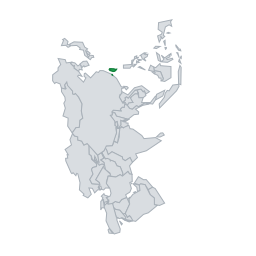 Asia, with Taiwan highlighted, rotated 258°
{"feature_id": "TWN", "entity_name": "Taiwan", "entity_type": "country or territory", "adm_level": 0, "iso_a3": "TWN", "parent_name": "Asia", "parent_adm1": "", "projection": "robinson", "projection_center": [120.725, 23.601], "detail": "fine", "context": "in_parent", "style": "filled", "palette": "green", "viewbox_px": 256, "rotation_deg": 258, "n_neighbors": 45, "source": "natural_earth", "source_scale": "50m", "svg_char_len": 13157}
<svg xmlns="http://www.w3.org/2000/svg" viewBox="0 0 256 256"><g transform="rotate(258 128 128)"><path d="M134.1,72.6L131.3,74.1L129.8,77.0L126.7,76.4L124.8,80.0L120.5,81.3L121.3,84.8L120.0,86.5L110.3,84.6L108.8,86.2L105.0,85.8L99.8,90.0L96.8,89.0L96.7,85.2L95.1,83.7L90.2,84.2L85.6,79.9L81.0,81.1L78.8,88.7L76.3,86.6L73.3,87.7L73.9,85.6L71.5,81.9L76.4,80.6L77.5,77.3L70.8,78.3L68.0,74.2L71.4,70.1L72.5,71.2L77.6,67.6L84.5,69.7L93.5,69.4L94.3,68.4L92.2,67.1L95.7,65.0L95.0,63.7L96.0,63.0L108.7,60.3L111.3,60.7L111.1,62.8L114.6,62.9L114.2,64.0L120.1,62.0L123.2,69.2L128.6,68.8L134.1,72.6Z" fill="#d9dde1" stroke="#a8b0b8" stroke-width="1"/><path d="M78.8,88.7L81.0,81.1L85.6,79.9L90.2,84.2L95.1,83.7L96.7,85.2L96.8,89.0L99.1,90.0L104.4,86.7L103.2,88.3L107.3,89.6L104.8,91.1L102.9,90.9L103.3,89.4L101.0,89.9L99.1,92.3L97.7,92.2L98.3,95.2L96.9,97.3L84.1,85.7L80.7,88.7L78.8,88.7Z" fill="#d9dde1" stroke="#a8b0b8" stroke-width="1"/><path d="M224.7,179.8L224.7,193.4L223.1,191.7L218.4,191.9L220.4,189.6L219.1,185.6L211.3,181.8L210.0,183.0L208.2,180.3L211.3,179.0L208.6,179.0L205.5,176.4L211.9,176.1L212.7,180.2L214.6,181.4L218.2,178.0L224.7,179.8ZM195.3,192.9L194.3,195.5L192.5,195.7L193.5,193.7L195.3,192.9ZM212.2,188.8L212.1,187.2L212.8,185.8L213.2,187.3L212.2,188.8ZM182.3,165.8L181.3,167.7L184.4,172.6L182.2,172.8L179.2,182.8L168.3,180.5L165.9,173.6L167.3,170.3L168.8,172.8L174.9,171.9L176.3,171.5L178.6,165.5L182.3,165.8ZM200.7,181.5L205.4,180.9L206.1,182.5L200.7,181.5ZM198.8,182.3L197.6,181.9L197.2,181.0L199.1,180.9L198.8,182.3ZM200.8,169.9L202.2,172.1L201.1,176.3L199.8,172.3L200.8,169.9ZM187.8,171.7L195.8,171.5L193.0,173.9L186.6,173.9L186.3,175.5L187.9,177.4L192.3,175.7L189.0,178.4L192.0,185.5L190.3,185.4L191.2,183.7L188.9,183.9L188.0,179.9L186.8,180.5L187.0,185.9L185.8,186.2L184.0,180.3L185.9,174.1L187.8,171.7ZM187.6,195.2L184.3,194.3L186.0,193.9L187.6,195.2ZM186.1,192.7L189.9,192.0L191.5,191.3L191.3,192.4L186.1,192.7ZM182.4,191.3L184.6,192.5L180.3,193.2L182.4,191.3ZM160.7,186.7L172.7,188.9L178.4,191.8L176.3,192.6L159.4,188.7L160.7,186.7ZM155.8,175.9L160.7,180.8L160.2,186.6L158.2,186.6L154.3,183.2L141.0,163.1L145.0,163.5L150.7,170.1L154.1,171.5L156.6,174.2L155.8,175.9Z" fill="#d9dde1" stroke="#a8b0b8" stroke-width="1"/><path d="M195.5,194.0L197.1,192.0L199.6,191.9L195.5,194.0Z" fill="#d9dde1" stroke="#a8b0b8" stroke-width="1"/><path d="M39.7,105.3L37.5,108.2L36.2,113.2L35.9,109.6L38.4,105.7L39.7,105.3Z" fill="#d9dde1" stroke="#a8b0b8" stroke-width="1"/><path d="M41.6,103.4L38.4,105.7L41.5,102.6L41.6,103.4Z" fill="#d9dde1" stroke="#a8b0b8" stroke-width="1"/><path d="M38.8,107.1L37.1,109.3L38.2,106.9L38.8,107.1Z" fill="#d9dde1" stroke="#a8b0b8" stroke-width="1"/><path d="M38.8,107.1L45.0,105.1L45.0,107.6L40.8,109.0L42.1,111.1L38.1,113.8L36.2,113.2L38.8,107.1Z" fill="#d9dde1" stroke="#a8b0b8" stroke-width="1"/><path d="M63.9,124.1L68.2,124.3L72.7,121.0L69.6,127.7L64.4,126.7L63.9,124.1Z" fill="#d9dde1" stroke="#a8b0b8" stroke-width="1"/><path d="M62.6,123.0L62.7,121.5L63.9,120.2L64.2,122.1L62.6,123.0Z" fill="#d9dde1" stroke="#a8b0b8" stroke-width="1"/><path d="M58.2,112.0L59.7,115.1L56.6,114.0L58.2,112.0Z" fill="#d9dde1" stroke="#a8b0b8" stroke-width="1"/><path d="M45.0,107.6L45.0,105.1L49.3,102.9L51.0,98.9L54.1,96.8L57.4,97.2L58.8,100.3L56.8,103.9L59.4,107.0L60.4,112.3L53.3,113.8L45.0,107.6Z" fill="#d9dde1" stroke="#a8b0b8" stroke-width="1"/><path d="M70.1,127.3L72.7,122.7L78.2,128.1L74.2,132.4L73.7,135.1L65.0,139.8L63.5,135.0L69.1,132.9L70.7,128.7L70.1,127.3ZM73.2,119.8L72.4,120.3L73.0,119.6L73.2,119.8Z" fill="#d9dde1" stroke="#a8b0b8" stroke-width="1"/><path d="M154.5,149.1L155.3,144.9L160.8,145.6L161.7,144.2L163.7,146.3L163.4,148.8L160.3,150.4L161.1,151.7L156.1,152.3L154.5,149.1Z" fill="#d9dde1" stroke="#a8b0b8" stroke-width="1"/><path d="M159.4,144.8L155.3,144.9L154.5,149.1L150.0,146.6L148.2,155.2L153.5,161.5L151.7,162.6L146.3,157.1L149.0,149.7L146.6,143.0L148.0,140.8L145.4,136.1L147.0,133.5L150.4,132.0L152.5,134.0L152.0,138.1L155.9,136.4L158.6,138.2L160.1,142.1L159.4,144.8Z" fill="#d9dde1" stroke="#a8b0b8" stroke-width="1"/><path d="M163.3,144.9L159.4,144.8L160.1,142.1L157.2,136.5L152.0,138.1L152.5,134.0L150.4,132.0L153.5,130.4L153.3,128.1L156.0,131.3L158.2,131.3L158.9,133.1L157.2,134.4L163.2,141.4L163.3,144.9Z" fill="#d9dde1" stroke="#a8b0b8" stroke-width="1"/><path d="M150.4,132.0L147.0,133.5L145.4,136.1L148.0,140.8L146.6,143.0L149.0,149.7L147.0,153.8L147.1,147.2L144.9,139.3L141.5,141.8L139.4,141.1L139.8,136.6L136.5,129.8L142.0,119.2L145.7,118.2L146.1,115.7L148.5,117.3L146.2,124.8L148.1,124.4L149.6,126.8L149.0,128.5L152.4,129.0L150.4,132.0Z" fill="#d9dde1" stroke="#a8b0b8" stroke-width="1"/><path d="M157.6,152.7L161.1,151.7L160.3,150.4L163.4,148.8L163.6,142.9L157.2,134.4L158.9,133.1L158.2,131.3L156.0,131.3L154.3,127.8L160.0,125.9L164.8,129.7L160.4,134.8L166.0,142.7L166.5,150.2L159.1,156.6L157.6,152.7Z" fill="#d9dde1" stroke="#a8b0b8" stroke-width="1"/><path d="M204.1,86.5L202.7,89.6L199.1,91.9L200.3,94.7L194.3,95.3L195.5,92.6L193.5,91.5L194.9,90.2L197.8,87.6L200.1,88.4L199.8,87.3L203.0,85.2L204.1,86.5Z" fill="#d9dde1" stroke="#a8b0b8" stroke-width="1"/><path d="M196.9,96.0L200.5,94.2L202.5,98.0L202.0,101.6L197.5,103.0L196.8,98.2L198.1,97.8L196.9,96.0Z" fill="#d9dde1" stroke="#a8b0b8" stroke-width="1"/><path d="M134.8,72.4L142.4,69.4L150.1,71.5L153.3,66.9L160.4,70.8L165.6,70.4L167.9,72.4L171.4,72.7L177.4,70.5L181.1,71.2L179.5,75.6L183.3,74.9L186.0,77.0L175.6,81.5L173.0,80.9L172.1,82.2L172.8,83.7L170.4,85.5L161.1,88.1L154.4,85.9L146.9,85.8L145.6,82.7L138.7,80.5L139.2,77.3L134.8,72.4Z" fill="#d9dde1" stroke="#a8b0b8" stroke-width="1"/><path d="M146.1,115.7L145.7,118.2L142.0,119.2L137.2,128.6L136.4,125.4L135.5,126.7L134.6,125.6L136.9,122.6L132.6,121.9L130.3,119.5L129.6,120.9L130.8,122.0L129.2,123.5L130.3,124.1L130.3,129.4L126.9,129.8L125.9,132.6L117.7,140.0L114.3,141.4L112.9,152.9L108.6,157.9L101.9,141.2L101.1,130.1L97.1,131.1L93.5,125.2L98.7,123.8L96.6,118.5L98.8,116.3L100.8,116.5L108.1,107.4L106.1,103.1L111.6,102.4L113.5,100.7L115.0,103.1L114.0,109.0L117.8,111.7L115.7,114.6L121.1,117.6L129.4,119.6L130.9,116.1L130.9,118.1L132.5,118.9L136.6,118.7L136.1,116.7L144.1,113.3L144.2,115.4L146.1,115.7Z" fill="#d9dde1" stroke="#a8b0b8" stroke-width="1"/><path d="M136.4,125.4L136.5,131.5L135.0,127.1L133.3,127.1L132.8,129.1L130.6,128.6L129.2,123.5L130.8,122.0L129.6,120.9L130.3,119.5L132.6,121.9L136.9,122.6L134.6,125.6L135.5,126.7L136.4,125.4Z" fill="#d9dde1" stroke="#a8b0b8" stroke-width="1"/><path d="M136.1,116.7L136.6,118.7L130.9,118.1L133.2,115.7L136.1,116.7Z" fill="#d9dde1" stroke="#a8b0b8" stroke-width="1"/><path d="M129.8,116.5L129.4,119.6L128.0,119.6L115.7,114.6L118.6,111.2L125.8,115.8L129.8,116.5Z" fill="#d9dde1" stroke="#a8b0b8" stroke-width="1"/><path d="M113.5,100.7L111.6,102.4L106.1,103.1L108.1,107.4L100.8,116.5L98.8,116.3L96.6,118.5L98.7,123.8L93.5,125.2L90.6,121.6L81.8,122.3L82.8,119.9L85.5,118.9L82.1,112.5L84.9,113.5L91.7,112.3L93.2,109.4L97.6,108.2L103.6,98.6L109.5,97.3L110.8,99.9L113.5,100.7Z" fill="#d9dde1" stroke="#a8b0b8" stroke-width="1"/><path d="M91.6,97.4L99.3,97.3L102.5,94.5L103.6,98.1L106.3,96.6L109.5,97.3L102.4,99.5L102.6,101.4L101.0,103.8L99.4,103.8L99.8,105.1L97.6,108.2L93.2,109.4L91.7,112.3L84.9,113.5L82.1,112.5L84.0,110.6L82.6,105.9L84.9,100.4L87.8,100.9L91.6,97.4Z" fill="#d9dde1" stroke="#a8b0b8" stroke-width="1"/><path d="M96.9,97.3L98.3,95.2L97.7,92.2L103.3,89.4L103.6,90.9L100.7,92.4L107.8,92.6L109.3,96.7L103.6,98.1L102.5,94.5L99.3,97.3L96.9,97.3Z" fill="#d9dde1" stroke="#a8b0b8" stroke-width="1"/><path d="M104.4,86.7L108.8,86.2L110.3,84.6L120.0,86.5L107.8,92.6L100.7,92.4L101.1,91.2L107.3,89.6L103.2,88.3L104.4,86.7Z" fill="#d9dde1" stroke="#a8b0b8" stroke-width="1"/><path d="M73.3,87.7L76.3,86.6L77.9,88.8L80.7,88.7L84.1,85.7L95.1,95.6L94.8,96.8L93.6,96.2L86.5,101.2L84.9,100.4L85.1,98.6L79.4,95.5L73.1,97.2L74.0,93.5L72.5,91.3L73.4,89.6L76.5,89.4L75.6,87.0L73.4,89.0L73.3,87.7Z" fill="#d9dde1" stroke="#a8b0b8" stroke-width="1"/><path d="M60.4,112.3L59.4,107.0L56.8,103.9L58.8,100.3L57.0,95.6L57.6,92.6L60.7,94.0L64.4,92.2L65.2,96.4L67.7,97.8L72.8,97.7L78.2,95.3L85.1,98.6L82.6,105.9L84.0,110.6L82.1,112.5L85.5,118.9L82.8,119.9L81.8,122.3L74.7,121.0L74.3,118.4L68.1,118.7L64.9,116.5L63.2,111.8L60.4,112.3Z" fill="#d9dde1" stroke="#a8b0b8" stroke-width="1"/><path d="M39.3,106.5L41.6,103.4L41.1,100.9L43.4,98.0L53.3,97.1L51.0,98.9L49.3,102.9L41.0,107.3L39.3,106.5Z" fill="#d9dde1" stroke="#a8b0b8" stroke-width="1"/><path d="M61.3,93.9L57.4,90.9L57.9,89.1L61.0,89.7L61.3,93.9Z" fill="#d9dde1" stroke="#a8b0b8" stroke-width="1"/><path d="M57.4,97.2L43.4,98.0L41.8,100.0L42.3,98.3L39.9,98.0L30.9,99.4L27.7,98.3L27.2,92.5L33.9,88.9L41.7,87.2L49.0,89.4L56.6,88.1L59.0,92.0L57.6,92.6L57.4,97.2ZM29.1,87.6L32.5,87.3L33.5,88.7L28.1,91.1L29.1,87.6Z" fill="#d9dde1" stroke="#a8b0b8" stroke-width="1"/><path d="M116.3,158.8L116.0,161.0L113.6,162.0L112.5,157.4L113.4,154.0L116.3,158.8Z" fill="#d9dde1" stroke="#a8b0b8" stroke-width="1"/><path d="M167.2,136.6L165.7,134.2L169.6,132.7L168.8,135.6L167.2,136.6ZM107.8,92.6L121.3,84.8L120.5,81.3L124.8,80.0L126.7,76.4L129.8,77.0L131.3,74.1L134.8,72.4L139.2,77.3L138.7,80.5L145.6,82.7L146.9,85.8L154.4,85.9L161.1,88.1L168.4,86.2L172.8,83.7L172.1,82.2L173.0,80.9L175.6,81.5L182.2,77.7L185.8,77.7L183.3,74.9L179.1,74.7L181.1,71.2L185.3,70.7L187.6,67.1L186.7,65.5L189.9,64.1L195.7,65.4L198.6,71.5L201.4,72.1L204.1,75.4L210.5,74.1L207.9,80.8L204.5,81.2L204.1,86.5L203.0,85.2L199.8,87.3L200.1,88.4L197.8,87.6L193.5,91.5L188.1,93.7L190.0,90.5L189.1,89.4L182.1,94.0L185.8,97.3L187.7,95.8L190.3,96.6L190.6,97.7L184.8,101.9L189.6,108.6L188.5,110.7L190.0,112.5L189.2,115.8L183.8,123.4L178.9,127.1L169.7,130.0L169.0,132.2L168.0,132.3L168.0,130.0L163.0,129.1L162.4,127.1L160.0,125.9L153.3,128.1L153.5,130.4L149.0,128.5L149.6,126.8L148.1,124.4L146.2,124.8L148.5,117.3L147.2,115.6L144.2,115.4L144.1,113.3L137.5,116.5L133.2,115.7L130.9,117.7L130.9,116.1L125.8,115.8L114.0,109.0L115.0,103.1L110.8,99.9L107.8,92.6Z" fill="#d9dde1" stroke="#a8b0b8" stroke-width="1"/><path d="M63.1,87.6L65.0,89.0L66.8,87.7L68.8,90.8L67.3,91.0L65.1,94.9L64.4,92.2L61.3,93.9L60.4,91.6L60.3,88.8L62.8,89.2L63.1,87.6ZM60.7,94.0L59.6,93.7L59.0,92.0L60.4,92.5L60.7,94.0Z" fill="#d9dde1" stroke="#a8b0b8" stroke-width="1"/><path d="M53.5,84.3L62.0,86.2L63.1,88.9L54.8,88.2L55.4,85.9L53.5,84.3Z" fill="#d9dde1" stroke="#a8b0b8" stroke-width="1"/><path d="M188.5,149.1L186.8,146.5L189.0,147.3L188.5,149.1ZM191.7,155.7L191.6,151.8L192.3,153.1L193.7,151.1L191.7,155.7ZM196.1,154.2L198.2,159.5L197.6,161.4L196.9,159.3L196.0,160.3L196.1,162.8L193.9,161.6L192.8,158.2L189.7,159.5L192.6,156.4L196.2,155.8L196.1,154.2ZM185.7,152.5L181.1,157.1L185.3,150.8L185.7,152.5ZM190.5,136.6L189.4,144.7L193.4,145.8L193.7,148.4L191.6,146.3L187.4,145.6L188.0,144.3L186.1,142.4L187.5,136.0L190.5,136.6ZM189.9,152.7L189.7,149.7L191.9,150.4L189.9,152.7ZM196.3,149.2L196.8,151.5L195.4,150.9L195.0,153.4L194.0,148.4L196.3,149.2Z" fill="#d9dde1" stroke="#a8b0b8" stroke-width="1"/><path d="M149.8,161.0L155.0,163.0L157.3,171.8L152.1,168.7L149.8,161.0ZM182.3,165.8L178.6,165.5L176.3,171.5L168.8,172.8L167.6,171.7L167.3,170.3L170.0,170.6L170.4,168.8L173.4,168.0L175.6,165.0L177.7,165.5L180.2,160.1L184.7,163.2L182.3,165.8Z" fill="#d9dde1" stroke="#a8b0b8" stroke-width="1"/><path d="M177.9,163.1L177.7,165.5L176.4,166.1L175.6,165.0L177.9,163.1Z" fill="#d9dde1" stroke="#a8b0b8" stroke-width="1"/><path d="M223.5,93.1L221.3,101.4L216.1,102.5L213.8,104.9L212.4,102.6L205.4,104.0L207.2,105.6L206.1,109.1L204.2,109.2L204.5,107.3L202.7,105.3L208.1,100.8L213.4,100.6L214.9,97.0L216.1,97.9L219.4,95.1L220.4,88.9L222.2,88.5L223.5,93.1ZM227.1,83.2L228.1,82.4L228.8,84.7L225.1,87.3L222.3,85.9L221.6,88.1L219.8,88.2L219.4,86.1L221.8,84.4L222.4,80.0L227.1,83.2ZM207.8,104.9L210.4,103.0L211.9,104.2L209.0,106.5L207.8,104.9Z" fill="#d9dde1" stroke="#a8b0b8" stroke-width="1"/><path d="M63.5,135.0L65.0,139.8L63.1,142.0L46.9,148.2L45.7,142.8L47.6,137.9L54.0,139.2L58.2,135.8L63.5,135.0Z" fill="#d9dde1" stroke="#a8b0b8" stroke-width="1"/><path d="M36.2,113.5L40.9,112.1L42.1,111.1L40.8,109.0L45.0,107.6L53.3,113.8L58.1,114.2L62.1,119.0L64.4,126.7L70.1,127.3L70.7,128.7L69.1,132.9L58.2,135.8L54.0,139.2L47.6,137.9L46.2,140.5L40.8,130.2L40.3,125.2L35.1,116.1L36.2,113.5Z" fill="#d9dde1" stroke="#a8b0b8" stroke-width="1"/><path d="M39.0,100.3L35.5,102.6L34.6,101.5L39.0,100.3Z" fill="#d9dde1" stroke="#a8b0b8" stroke-width="1"/><path d="M188.1,127.4L187.9,127.7L187.9,127.9L187.8,128.2L187.8,128.4L187.8,128.7L187.8,128.9L187.6,128.8L187.5,128.7L187.5,128.4L187.3,128.1L187.1,127.8L186.9,127.7L186.7,127.4L186.7,127.2L186.5,126.7L186.4,126.5L186.4,126.3L186.4,126.2L186.5,126.0L186.5,125.8L186.5,125.6L186.5,125.3L186.5,125.2L187.4,123.6L187.6,123.2L187.9,122.9L188.0,122.7L188.1,122.4L188.7,122.2L188.8,122.0L189.0,121.9L189.2,122.0L189.3,122.1L189.6,122.3L189.7,122.6L189.5,122.9L189.5,123.0L189.5,123.5L189.4,124.0L189.2,124.3L189.1,124.5L189.1,124.9L189.0,125.3L188.9,125.8L188.7,126.3L188.7,126.5L188.3,127.1L188.1,127.4ZM183.4,123.5L183.5,123.6L183.4,123.7L183.2,123.7L183.3,123.6L183.4,123.5Z" fill="#22c55e" stroke="#15803d" stroke-width="1.5"/></g></svg>